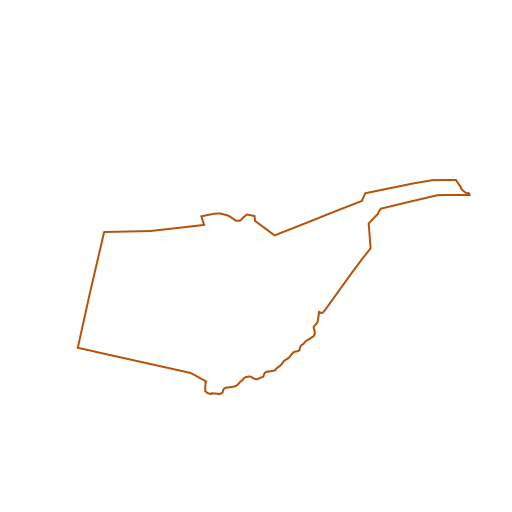 Hwange Urban, Matabeleland North, Zimbabwe, rotated 36°
{"feature_id": "62879985B63106535588765", "entity_name": "Hwange Urban", "entity_type": "district", "adm_level": 2, "iso_a3": "ZWE", "parent_name": "Zimbabwe", "parent_adm1": "Matabeleland North", "projection": "mercator", "projection_center": [26.527, -18.338], "detail": "fine", "context": "isolated", "style": "outline", "palette": "amber", "viewbox_px": 512, "rotation_deg": 36, "n_neighbors": 0, "source": "geoboundaries", "source_scale": "gbopen_adm2", "svg_char_len": 5284}
<svg xmlns="http://www.w3.org/2000/svg" viewBox="0 0 512 512"><g transform="rotate(36 256 256)"><path d="M309.0,148.5L309.3,148.9L309.4,149.0L290.7,178.2L279.2,196.6L258.9,228.4L234.6,228.2L231.5,224.7L231.4,224.7L231.2,224.6L224.2,227.8L223.2,231.7L223.2,231.9L223.1,232.0L223.0,232.3L223.0,232.6L222.6,235.9L222.5,236.1L222.3,236.5L222.1,236.9L222.0,237.0L221.9,237.2L221.7,237.3L219.2,239.1L218.9,239.1L218.7,239.2L218.3,239.3L216.2,239.3L210.7,239.5L210.2,239.6L209.8,239.8L209.6,239.8L209.4,239.9L209.1,240.0L208.8,240.0L203.3,242.1L203.2,242.2L203.0,242.3L202.9,242.3L202.7,242.4L202.5,242.6L202.2,242.6L201.7,242.8L197.0,246.7L188.5,256.0L195.7,261.4L155.7,298.0L119.1,325.8L119.1,326.0L144.5,386.2L165.8,435.0L182.0,427.9L182.1,428.0L271.7,389.1L277.3,388.2L277.5,388.2L279.0,388.1L289.4,386.8L289.5,387.7L289.5,388.0L294.2,395.1L294.7,395.1L294.9,395.2L295.6,395.2L295.8,395.3L297.2,395.3L297.4,395.2L297.7,395.2L299.0,394.9L299.6,394.6L299.9,394.5L300.1,394.4L300.4,394.2L300.6,394.1L300.4,393.9L300.5,393.8L300.5,393.6L300.7,393.4L300.8,393.4L300.9,393.1L301.1,393.0L301.7,392.7L301.8,392.5L302.0,392.5L302.3,392.3L302.4,392.2L302.5,392.2L302.9,391.9L303.0,391.9L303.1,391.7L303.3,391.6L303.5,391.5L303.9,391.2L304.1,391.1L304.5,390.8L304.7,390.7L304.8,390.7L305.0,390.5L305.5,390.3L305.7,390.2L306.0,390.1L306.3,389.9L306.5,389.9L306.8,389.7L307.0,389.6L307.3,389.5L307.7,389.1L307.8,388.9L308.0,388.6L308.1,388.4L308.2,388.2L308.4,387.9L308.4,387.7L308.6,387.4L308.9,386.9L309.0,386.7L309.1,386.4L309.1,385.9L309.1,385.5L308.9,385.2L308.7,385.0L308.7,384.8L308.5,384.3L308.4,384.1L308.2,383.7L308.2,382.0L308.3,381.8L308.4,381.6L308.5,381.2L308.7,380.7L308.9,380.4L309.0,380.3L309.1,380.1L309.3,380.0L314.0,375.6L314.5,375.1L314.6,374.9L314.7,374.7L315.4,374.0L315.5,373.7L315.8,373.3L315.9,373.1L316.1,372.9L316.2,372.7L316.3,372.5L316.5,372.0L316.7,371.5L316.7,371.3L316.9,370.5L316.9,370.1L317.0,369.8L317.0,368.5L317.1,368.3L317.1,367.7L317.2,367.3L317.2,366.9L317.3,366.7L317.4,366.4L317.5,366.2L317.5,365.8L317.8,365.1L318.0,364.6L318.0,362.7L318.1,362.0L318.2,361.8L318.2,361.6L318.5,360.9L318.6,360.7L318.8,360.2L319.1,359.9L319.3,359.7L319.7,359.1L320.0,358.9L320.4,358.5L320.5,358.3L321.1,357.7L321.4,357.5L321.6,357.4L322.0,357.1L322.7,356.7L323.0,356.6L325.0,356.5L325.4,356.4L326.6,356.3L327.0,356.2L327.4,356.1L328.2,355.8L328.5,355.5L328.8,355.4L329.1,355.2L329.4,354.9L329.6,354.7L329.8,354.4L330.1,353.9L330.3,353.5L330.4,353.3L330.6,352.9L330.7,352.6L330.9,352.2L331.2,351.7L331.4,351.4L331.9,350.7L332.2,350.3L332.4,349.9L332.6,349.8L332.7,349.5L332.8,349.3L332.8,349.1L332.7,348.9L332.6,348.6L332.6,348.3L332.4,347.9L332.3,347.7L332.2,347.4L331.9,346.4L331.9,345.1L332.0,344.9L332.2,344.2L332.3,344.0L332.5,343.8L332.6,343.5L332.9,343.2L333.0,343.0L333.2,342.9L333.3,342.8L333.4,342.6L333.5,342.4L333.9,342.4L338.8,337.2L338.6,336.8L338.6,336.4L338.5,336.1L338.5,335.8L338.5,335.6L338.7,335.0L338.8,334.6L338.9,334.3L339.0,333.8L339.0,333.6L339.2,333.1L339.3,333.0L339.3,332.7L339.5,332.4L339.6,332.2L339.7,331.5L340.0,330.7L340.0,330.4L340.0,330.2L340.0,329.9L340.1,329.4L340.2,329.1L340.3,328.9L340.3,328.6L340.4,328.3L340.4,328.2L340.4,325.7L340.3,324.9L340.4,324.0L340.5,323.8L340.7,323.5L340.8,323.0L341.1,322.3L341.3,321.9L341.4,321.6L341.6,321.3L341.6,321.2L341.7,320.9L341.8,320.7L341.8,320.4L342.0,320.2L342.1,319.9L342.2,319.6L342.3,319.4L342.4,319.2L342.4,318.6L342.8,312.3L342.9,312.2L343.0,312.0L343.2,311.7L343.3,311.2L343.5,311.0L343.7,310.5L344.1,310.1L344.4,309.7L344.6,309.6L345.4,308.9L345.5,308.6L345.8,308.2L346.1,307.8L346.2,307.4L346.4,307.2L346.4,306.2L346.3,305.9L346.2,305.8L346.2,305.7L346.0,305.4L345.8,305.1L345.7,304.9L345.7,304.7L345.4,304.3L345.4,304.1L345.2,303.1L345.2,301.2L345.3,301.0L345.3,300.8L345.5,300.6L345.6,300.3L345.7,300.1L345.8,299.9L345.9,299.7L346.0,299.6L346.1,299.4L346.1,299.2L346.1,297.1L346.2,296.8L346.2,296.4L346.3,296.1L346.3,295.8L346.7,294.6L346.8,294.3L347.5,292.8L347.7,292.6L347.8,292.4L347.9,292.1L348.0,291.9L348.2,291.6L348.2,291.3L348.4,290.3L348.7,289.5L348.9,289.2L349.0,288.8L349.1,288.5L349.3,288.2L349.4,287.8L349.6,287.5L349.7,287.3L349.7,286.9L349.7,286.5L349.7,286.2L349.7,285.9L349.4,285.0L349.3,284.8L349.3,284.6L349.3,284.4L349.2,284.2L348.8,283.8L348.6,283.6L348.5,283.4L348.2,283.1L348.0,282.9L347.7,282.4L347.4,282.2L347.0,281.9L346.4,281.4L345.9,281.1L345.5,280.7L345.1,280.4L344.8,280.1L344.6,279.8L344.4,279.5L344.3,279.3L344.2,279.1L344.7,274.9L344.7,274.6L344.6,274.4L344.6,274.0L344.6,273.8L344.6,273.6L344.5,273.3L344.5,273.1L344.4,272.9L344.2,272.3L343.7,271.2L343.5,270.9L343.4,270.9L343.3,270.6L340.8,265.7L340.7,265.7L340.6,265.4L340.4,265.2L339.9,264.7L339.8,264.1L341.8,263.9L342.3,263.9L343.0,262.9L343.3,262.7L343.6,259.5L343.4,212.4L343.6,195.8L344.2,182.4L328.0,163.4L329.9,150.0L329.4,148.8L329.2,144.3L347.5,122.8L359.4,109.1L366.9,100.3L373.9,94.9L392.9,81.2L391.9,80.3L391.9,80.2L391.7,80.2L390.9,80.2L389.3,81.5L387.7,81.5L385.4,81.5L385.2,81.4L384.1,81.4L383.9,81.3L383.8,81.2L383.2,81.1L382.8,81.0L382.6,80.8L382.4,80.8L382.3,80.6L382.1,80.5L381.8,80.4L381.7,80.2L381.4,80.0L381.3,79.9L381.2,79.9L380.8,79.7L380.6,79.7L380.4,79.6L373.0,77.0L354.3,90.8L340.7,104.7L307.6,140.9L309.0,148.5Z" fill="none" stroke="#b45309" stroke-width="2"/></g></svg>